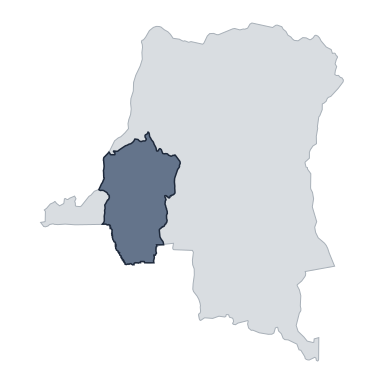 location of Bandundu within Democratic Republic of the Congo
{"feature_id": "COD-1871", "entity_name": "Bandundu", "entity_type": "Province", "adm_level": 1, "iso_a3": "COD", "parent_name": "Democratic Republic of the Congo", "parent_adm1": "", "projection": "robinson", "projection_center": [18.46, -4.427], "detail": "fine", "context": "in_parent", "style": "filled", "palette": "slate", "viewbox_px": 384, "rotation_deg": 0, "n_neighbors": 0, "source": "natural_earth", "source_scale": "10m", "svg_char_len": 9458}
<svg xmlns="http://www.w3.org/2000/svg" viewBox="0 0 384 384"><path d="M334.6,266.2L305.2,271.5L305.7,273.4L305.5,275.4L304.7,276.9L301.7,281.0L297.2,284.8L297.2,285.7L299.4,289.9L300.8,295.7L300.3,305.9L300.9,308.7L300.8,310.8L299.3,313.2L296.2,325.5L298.1,331.4L303.9,337.0L307.2,341.1L312.9,342.5L313.8,342.3L314.2,338.9L318.8,337.6L318.6,359.4L318.2,360.7L317.4,361.0L316.3,360.2L316.0,358.2L314.8,357.3L309.2,360.0L307.8,359.9L306.2,359.4L305.1,358.3L304.8,356.7L300.9,350.3L299.0,349.8L296.9,344.1L288.2,339.9L284.8,339.6L283.1,338.3L281.4,333.8L278.5,330.9L277.8,327.7L277.2,327.2L275.4,327.9L273.9,333.0L271.9,334.2L268.3,334.3L259.3,332.8L252.9,330.2L251.2,330.3L248.6,328.0L247.6,324.1L248.2,321.0L247.7,320.6L237.9,323.1L235.5,324.7L233.3,324.3L232.6,323.5L233.6,321.4L233.1,319.1L232.4,318.1L229.5,317.2L228.6,314.8L226.8,314.5L226.2,314.8L225.8,316.5L224.7,317.0L218.9,316.2L212.7,318.4L204.6,317.8L200.7,320.4L200.1,320.3L199.3,319.0L198.5,314.8L199.0,313.7L200.2,312.9L200.6,311.2L200.2,306.9L200.5,305.9L200.1,303.4L198.9,299.5L197.2,296.3L193.5,291.5L192.8,289.2L193.1,283.8L194.3,275.2L194.2,268.9L192.7,264.8L192.4,260.3L193.4,252.3L192.4,250.4L173.8,249.7L173.0,249.1L172.7,248.0L173.5,243.3L162.2,244.5L158.8,245.4L156.7,247.3L156.0,249.8L155.9,253.2L154.2,256.5L153.7,262.2L150.6,262.8L147.4,262.8L141.4,261.6L135.5,263.2L132.6,264.7L131.1,264.0L125.8,264.5L125.1,264.1L119.0,253.1L116.3,249.4L115.8,247.6L116.0,245.9L115.3,243.6L112.5,237.9L112.0,235.2L112.1,231.1L111.8,229.7L109.2,226.1L107.5,224.9L105.7,224.3L75.3,224.8L65.2,224.1L57.9,224.6L54.1,224.3L53.1,223.8L49.7,224.5L48.0,226.0L45.4,226.8L43.7,226.5L40.6,222.4L44.9,221.7L45.2,221.3L45.4,211.4L44.3,210.0L46.6,208.3L50.3,204.0L53.9,202.4L54.4,201.6L55.2,201.6L56.5,203.4L59.6,205.8L63.5,203.7L63.9,203.1L64.4,198.9L65.3,198.5L67.0,199.5L67.9,199.5L69.6,198.2L74.6,196.1L76.0,198.8L74.7,201.3L75.3,203.0L75.4,205.7L76.2,206.3L80.1,206.6L81.3,206.0L89.0,196.3L91.0,195.1L94.3,191.3L98.6,189.5L100.5,186.5L103.0,181.1L104.1,173.3L103.7,159.7L104.0,157.9L109.2,151.8L114.6,140.8L118.2,137.9L120.9,136.7L125.1,132.7L128.5,128.6L128.0,123.7L128.8,119.6L130.6,114.5L131.2,109.0L130.6,103.3L130.9,98.6L133.3,91.1L133.6,82.4L135.8,75.2L140.2,66.0L142.3,59.2L141.9,52.5L142.5,47.5L142.3,44.6L141.4,42.0L141.9,40.4L143.5,39.8L145.6,37.2L149.4,30.6L153.4,27.4L156.3,26.4L159.2,26.5L161.1,27.1L164.2,29.7L167.8,31.7L170.4,34.3L173.1,38.3L179.4,39.2L182.1,40.7L183.7,41.2L184.4,40.8L185.7,41.1L188.6,42.3L191.0,41.6L202.7,44.2L204.0,42.9L207.3,36.0L209.7,33.6L213.7,33.4L216.8,34.7L218.5,34.7L232.8,28.8L234.7,28.5L239.9,29.9L243.3,29.0L244.7,29.2L247.6,28.2L250.0,24.1L251.9,23.0L272.6,27.5L275.7,25.3L277.2,25.1L281.8,26.7L283.2,29.2L285.9,31.4L287.9,35.1L291.0,37.1L292.5,39.0L294.3,40.4L298.1,40.8L302.8,37.6L306.2,37.9L309.6,39.7L310.8,39.6L313.3,37.7L314.6,35.7L315.9,35.2L317.9,36.1L319.6,38.0L321.0,40.8L326.2,47.0L331.2,49.6L332.4,53.4L334.2,53.1L335.1,53.4L336.4,55.8L337.3,56.3L337.5,57.3L336.3,59.6L335.1,63.9L336.7,66.6L335.4,70.5L334.8,74.5L336.4,75.5L338.5,75.4L340.4,77.5L341.9,77.8L343.4,80.0L343.1,81.9L338.2,88.4L330.8,96.4L328.3,97.4L327.1,98.8L326.2,101.2L324.0,103.1L322.3,103.9L322.2,109.7L319.8,115.7L318.8,116.9L317.4,126.6L317.7,128.3L316.3,136.3L316.5,143.7L312.9,146.0L310.4,149.7L309.4,152.2L309.4,158.2L305.3,161.9L305.0,162.8L306.0,167.0L307.5,167.7L307.5,169.1L310.8,173.7L310.6,187.7L310.8,189.1L312.5,192.4L313.6,198.8L312.3,206.9L316.7,221.7L314.7,227.2L315.6,232.4L318.2,237.8L324.5,243.2L326.2,245.4L327.7,248.4L329.2,253.0L334.6,266.2Z" fill="#d9dde1" stroke="#a8b0b8" stroke-width="1"/><path d="M103.6,172.3L103.4,170.6L103.5,170.3L103.9,168.8L104.2,166.1L103.7,161.8L103.7,161.0L103.6,160.7L103.5,160.4L103.4,160.2L103.6,159.1L103.6,158.4L103.7,158.0L103.9,157.6L104.3,157.0L105.1,156.3L106.0,155.3L106.7,154.7L108.1,153.1L108.8,152.7L109.0,152.2L109.5,152.8L110.0,153.6L110.4,154.5L110.6,154.6L110.9,154.7L114.7,154.7L114.9,154.6L114.9,152.7L114.6,152.3L113.7,151.9L113.6,151.7L113.5,151.3L113.7,151.0L114.1,151.0L116.5,151.3L117.2,151.3L117.7,151.2L119.4,149.8L124.8,146.2L125.6,145.7L127.3,145.2L128.7,144.3L129.3,144.1L130.7,143.8L131.3,143.4L132.7,142.3L133.6,141.3L134.2,140.5L134.7,139.3L134.8,139.1L135.0,139.1L135.5,139.1L138.0,139.5L139.2,140.8L139.4,140.9L140.0,141.3L140.7,141.5L141.6,141.5L142.5,141.1L143.3,140.9L144.6,141.0L145.3,140.8L145.6,140.5L145.9,139.9L146.2,139.5L146.3,139.3L146.3,139.1L146.1,138.6L145.4,137.7L145.1,137.1L145.1,136.8L145.0,135.9L145.1,135.4L145.3,135.0L145.5,134.8L146.5,134.3L147.3,133.7L147.6,133.3L147.9,132.3L148.0,132.1L148.4,132.2L148.8,132.6L149.1,133.3L149.3,134.1L149.4,134.9L149.6,136.4L149.7,136.7L150.7,138.2L151.1,139.1L151.7,140.1L153.0,141.6L153.5,142.5L154.2,144.5L154.9,145.7L155.8,147.4L156.0,147.9L156.4,149.7L156.5,150.6L156.6,150.8L156.9,151.0L157.7,151.1L157.9,151.0L158.2,150.7L159.0,149.3L159.4,148.9L159.6,148.7L159.9,148.7L160.3,148.8L161.0,149.4L161.3,149.7L161.5,150.1L161.7,150.8L162.5,152.9L162.7,153.4L162.9,153.5L164.2,153.8L165.8,153.6L167.2,153.8L167.7,154.1L168.2,154.7L168.5,155.2L168.7,155.3L169.6,155.5L170.6,156.1L171.0,156.2L171.3,156.2L171.5,156.2L172.7,155.4L173.3,155.3L174.3,155.5L174.4,155.4L174.7,155.0L174.9,155.0L175.2,155.1L179.9,161.4L180.1,162.2L180.2,163.5L179.6,164.8L179.5,165.1L179.4,165.8L179.5,166.5L179.3,167.1L178.9,167.8L178.2,168.7L177.6,169.6L174.8,177.8L174.6,178.6L174.4,181.9L174.8,186.1L174.7,188.3L174.8,189.3L175.0,192.4L174.9,193.1L174.7,193.4L174.4,193.5L174.2,194.0L173.7,194.5L173.1,194.8L172.4,195.1L171.5,195.3L171.3,195.4L171.2,195.8L170.8,195.6L170.5,195.7L170.2,196.0L170.0,196.4L169.9,196.8L169.9,197.3L169.6,197.7L169.5,197.8L169.2,197.6L168.6,197.8L168.4,197.8L168.2,197.5L167.7,196.7L167.4,196.5L167.1,196.7L166.8,196.4L166.3,195.8L165.9,195.6L164.9,195.7L164.8,195.9L164.8,196.2L164.9,197.1L165.2,197.5L165.6,198.4L165.7,199.2L166.0,199.5L165.8,200.3L165.5,200.6L165.2,201.4L165.2,202.7L165.1,203.1L165.0,203.8L165.1,204.5L165.5,205.3L165.6,205.8L165.7,206.2L166.0,207.6L166.5,208.5L166.4,209.2L166.5,209.4L166.8,210.0L167.2,211.5L167.3,213.6L167.2,213.7L167.0,213.9L166.8,214.5L166.6,214.9L166.5,215.3L166.6,218.7L167.0,219.8L167.1,220.4L167.0,221.0L166.9,221.3L166.9,221.8L166.7,222.2L166.6,222.6L166.1,223.0L165.9,223.8L165.5,224.1L165.0,224.3L164.7,225.0L164.5,225.6L164.2,226.1L163.6,226.5L163.1,226.5L162.7,226.9L162.4,226.8L162.1,227.2L161.7,227.3L161.2,228.0L160.9,228.1L160.7,228.4L160.1,228.7L159.7,229.3L159.4,229.5L159.3,230.2L159.9,236.6L160.2,237.4L161.1,239.1L162.9,241.5L163.1,242.0L163.4,243.0L163.6,244.8L156.6,244.8L156.9,245.7L156.8,246.0L156.2,246.9L156.0,247.5L155.9,250.4L156.0,251.6L156.4,252.8L156.4,253.4L155.9,253.8L155.7,254.1L155.6,254.8L155.3,255.1L155.0,255.2L153.9,255.1L153.9,255.6L154.3,257.0L154.3,257.4L154.3,257.9L153.6,260.4L153.5,260.9L153.6,261.4L153.9,262.8L144.7,262.8L144.4,262.1L144.3,261.6L144.1,261.5L140.6,261.5L140.4,261.7L140.4,262.0L140.5,262.7L139.1,262.7L138.8,262.8L138.3,263.1L138.0,263.0L137.5,262.8L135.5,262.7L135.2,262.7L134.3,263.2L134.1,263.4L133.9,263.8L133.9,264.3L134.0,264.7L132.6,264.8L132.2,264.6L131.3,263.9L130.9,263.6L130.3,263.6L130.1,263.6L129.1,264.2L128.9,264.3L128.4,264.0L127.9,264.0L126.5,264.5L126.1,264.5L125.2,264.3L125.0,263.8L125.1,263.3L125.1,263.0L124.5,262.5L124.2,261.8L124.0,262.0L123.9,261.8L124.0,261.7L123.7,261.5L123.5,261.2L123.8,260.7L123.6,260.4L123.3,260.5L123.3,259.9L122.8,259.9L122.9,259.7L122.6,259.6L122.5,259.4L122.5,259.0L122.4,258.9L122.0,258.9L121.9,258.6L121.6,258.3L121.5,258.1L121.7,257.8L121.7,257.6L121.4,257.5L121.5,257.4L121.4,257.2L121.2,257.3L121.1,256.6L121.1,256.3L121.1,256.0L120.8,255.7L120.0,255.3L119.8,254.9L119.5,254.0L119.3,253.6L118.9,253.3L118.9,253.1L119.0,252.9L119.4,252.7L118.9,252.3L118.7,252.1L118.5,252.4L118.2,252.2L118.1,251.4L118.1,251.1L117.9,250.9L117.5,250.7L116.9,250.3L116.5,250.1L116.4,249.9L116.4,249.3L116.1,248.9L115.8,248.6L115.7,248.4L115.7,247.5L115.4,246.3L115.4,245.8L116.0,246.0L116.0,245.6L116.1,245.0L115.9,244.4L115.4,244.2L115.5,243.8L115.4,242.7L115.2,242.3L114.8,242.0L114.3,241.9L114.1,241.8L113.9,241.6L113.8,240.9L112.9,239.5L112.8,239.2L112.6,238.2L112.3,237.0L112.4,236.7L112.5,236.3L112.6,236.1L112.1,235.6L112.1,235.4L112.2,235.1L111.9,235.1L111.9,234.9L112.1,234.5L112.1,234.2L111.9,234.2L111.7,233.9L111.7,233.2L111.8,233.0L112.1,232.9L112.2,232.7L112.0,232.2L112.0,230.9L112.2,230.1L111.8,229.5L111.7,229.3L111.2,229.0L110.9,228.6L110.7,228.4L110.4,228.4L110.7,227.9L110.7,227.7L110.3,227.9L110.2,227.6L110.1,226.4L109.9,225.9L110.2,225.4L109.5,225.0L108.6,224.6L108.0,224.7L107.2,224.9L106.1,224.2L105.7,224.1L102.3,224.2L102.5,223.8L103.6,222.8L104.2,221.3L104.3,220.9L104.3,220.4L104.3,218.0L104.2,216.6L104.3,215.6L104.7,213.4L104.8,212.7L104.6,210.6L104.7,209.9L105.1,208.7L105.0,206.7L104.8,205.7L104.8,205.0L105.0,204.6L105.7,203.6L107.5,200.1L107.7,199.9L107.8,199.9L108.4,199.8L108.5,199.5L108.7,199.3L108.9,198.4L109.1,198.1L109.3,197.9L109.2,197.6L109.4,197.0L109.1,196.5L109.3,195.9L109.2,195.7L109.0,195.2L108.2,194.6L107.9,194.3L107.1,192.8L106.8,192.5L104.8,191.3L103.8,190.6L103.0,190.4L101.8,190.3L100.5,190.5L99.9,190.3L98.9,189.7L99.2,189.2L99.5,188.2L100.2,186.9L100.5,186.0L100.7,185.8L100.8,185.4L101.5,183.9L102.5,182.5L102.8,181.7L103.2,180.8L103.9,179.2L104.1,178.7L104.3,177.9L104.2,177.7L103.8,177.4L103.7,177.0L103.8,175.8L103.6,175.2L103.7,174.2L103.6,173.2L103.6,172.3Z" fill="#64748b" stroke="#1e293b" stroke-width="1.5"/></svg>